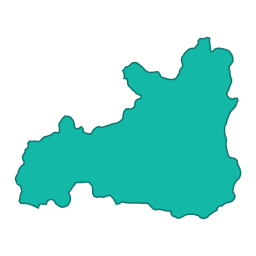 outline of Marliéria, Minas Gerais, Brazil
{"feature_id": "56859067B52774594546831", "entity_name": "Marliéria", "entity_type": "district", "adm_level": 2, "iso_a3": "BRA", "parent_name": "Brazil", "parent_adm1": "Minas Gerais", "projection": "mercator", "projection_center": [-42.627, -19.682], "detail": "fine", "context": "isolated", "style": "filled", "palette": "teal", "viewbox_px": 256, "rotation_deg": 0, "n_neighbors": 0, "source": "geoboundaries", "source_scale": "gbopen_adm2", "svg_char_len": 3768}
<svg xmlns="http://www.w3.org/2000/svg" viewBox="0 0 256 256"><path d="M209.6,38.2L207.5,37.5L205.0,38.3L203.0,38.9L200.2,38.5L198.2,40.8L198.3,43.6L196.9,45.3L195.5,47.0L194.2,48.5L191.7,48.3L188.6,49.4L186.1,51.8L184.3,53.7L183.2,55.8L181.8,57.6L181.5,59.9L181.9,62.4L182.6,64.4L182.5,66.7L180.5,69.0L179.6,71.2L179.2,73.3L177.7,75.5L176.5,77.9L174.2,79.3L171.0,79.6L167.6,79.2L165.1,78.2L163.1,77.8L160.8,76.8L159.6,73.6L157.7,71.7L155.4,72.0L152.5,72.4L148.8,72.4L145.6,70.7L143.2,68.1L141.3,66.2L139.3,64.8L136.9,62.9L134.3,62.5L131.9,63.2L130.1,65.0L127.8,66.7L125.8,67.0L124.5,68.9L122.8,70.6L123.7,72.7L124.4,75.2L124.1,78.6L126.6,78.5L127.6,81.1L127.8,84.1L128.8,86.1L131.0,88.0L132.6,90.1L134.9,91.6L136.3,93.6L139.0,94.7L141.1,95.7L141.0,98.3L138.4,99.0L136.4,100.0L135.0,102.3L134.9,105.3L134.0,107.3L132.4,108.5L130.6,109.2L128.3,108.9L126.2,108.9L124.1,111.4L123.2,114.8L122.9,118.4L120.9,120.6L119.1,121.9L116.8,123.2L114.8,123.4L111.8,124.2L109.0,125.2L106.8,125.9L104.3,126.7L102.0,127.7L99.8,126.7L97.3,127.0L95.4,128.2L93.8,129.6L92.4,131.4L91.5,133.7L88.2,133.8L85.7,133.1L83.5,132.2L82.8,128.4L81.3,126.7L78.8,128.4L76.2,129.1L74.6,127.4L74.2,123.8L73.5,121.5L72.4,119.5L70.6,117.3L67.9,116.4L65.0,116.1L62.5,118.5L60.9,121.1L59.3,123.2L59.0,125.7L59.5,127.8L59.5,131.1L58.4,133.3L55.8,132.3L53.2,133.0L51.4,134.8L49.2,135.6L46.7,136.4L44.0,137.1L41.9,139.0L40.3,140.9L38.4,141.7L36.3,141.3L34.1,141.2L31.8,141.4L29.4,141.2L27.8,143.5L28.5,146.6L27.0,148.5L25.2,149.7L25.1,152.0L23.8,154.1L22.4,156.8L23.1,159.7L24.3,162.5L23.5,164.6L21.2,166.2L19.7,168.5L18.6,170.6L18.0,173.5L16.5,175.8L15.4,178.8L16.3,181.5L17.5,184.2L20.6,186.1L21.4,189.1L21.9,191.5L20.5,194.5L20.0,198.2L19.2,201.0L21.0,203.4L24.6,203.4L28.1,203.7L31.5,204.9L34.1,206.0L36.2,207.1L38.3,207.9L39.1,205.1L41.5,203.6L43.8,204.3L46.3,204.1L47.3,201.2L49.5,199.6L52.4,199.5L54.6,201.4L55.9,203.7L58.2,205.4L60.0,206.6L62.4,207.2L65.3,206.6L68.2,204.9L69.6,202.1L70.3,199.8L70.2,196.3L69.2,194.4L68.7,192.3L70.4,190.5L71.6,188.6L72.9,186.7L74.3,184.8L76.2,182.6L79.5,182.5L82.8,182.4L85.5,181.9L88.9,182.2L91.1,184.6L92.4,186.2L92.5,188.7L92.8,190.9L92.8,193.5L94.0,196.2L97.2,197.4L99.5,196.5L101.7,197.2L104.1,196.9L107.2,195.9L110.0,195.3L111.8,196.9L113.6,199.0L115.1,201.5L116.3,204.2L119.2,203.6L121.8,201.8L124.7,202.5L129.5,202.9L132.1,202.9L134.7,202.9L138.4,202.9L141.7,203.2L144.3,203.1L147.3,203.2L149.4,204.7L151.0,206.5L152.5,208.2L154.4,209.6L156.4,209.7L158.7,209.3L160.6,209.6L162.7,209.8L165.6,210.8L168.7,211.0L171.1,211.2L171.0,213.7L172.7,215.9L175.6,217.0L177.4,218.1L180.3,217.7L182.7,216.6L184.5,215.5L186.9,214.5L190.4,214.2L193.0,214.1L195.1,214.6L198.4,215.6L200.7,217.7L203.5,218.5L206.6,217.7L208.9,215.5L210.5,214.0L212.3,213.0L214.2,211.5L216.8,210.3L217.5,207.7L219.6,205.7L222.1,205.9L224.0,204.0L227.1,202.6L229.8,202.2L231.9,201.2L233.9,199.4L234.8,197.3L234.7,194.9L232.7,191.5L233.3,187.7L233.9,185.1L235.7,181.9L237.7,179.6L239.5,177.6L240.4,175.0L240.6,172.3L240.3,170.3L239.5,168.0L238.4,165.9L237.5,163.8L237.1,160.6L234.6,158.4L231.7,158.0L229.0,156.8L228.0,154.7L227.3,152.0L226.6,148.8L226.1,146.5L225.9,144.1L226.4,140.8L226.1,137.9L224.9,134.8L224.5,130.7L224.7,126.3L226.3,123.3L226.8,120.7L227.7,118.2L228.6,115.9L229.5,113.5L231.3,110.8L233.6,108.4L235.2,106.8L236.1,104.6L236.9,102.5L237.9,100.6L237.3,98.3L234.8,98.3L232.6,99.0L229.9,98.7L227.6,96.3L226.6,93.9L227.8,91.4L228.9,88.9L229.6,86.4L230.4,84.5L231.5,82.2L231.5,79.0L230.5,76.8L230.0,74.5L229.8,71.2L229.1,68.7L229.2,66.3L231.5,63.7L232.9,61.0L232.9,58.3L232.0,55.3L230.6,52.9L228.9,51.0L226.3,49.8L222.9,48.9L220.1,48.3L218.0,48.2L214.9,49.1L212.6,51.5L210.6,51.3L210.2,47.5L209.8,43.9L209.4,40.9L209.6,38.2Z" fill="#14b8a6" stroke="#0f766e" stroke-width="1.5"/></svg>